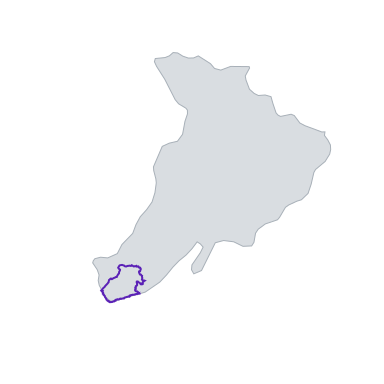 Salvaleón de Higüey, La Altagracia, Dominican Republic shown in context, rotated 121°
{"feature_id": "3306468B87904766376188", "entity_name": "Salvaleón de Higüey", "entity_type": "district", "adm_level": 2, "iso_a3": "DOM", "parent_name": "Dominican Republic", "parent_adm1": "La Altagracia", "projection": "natural_earth1", "projection_center": [-68.511, 18.662], "detail": "fine", "context": "in_parent", "style": "outline", "palette": "violet", "viewbox_px": 384, "rotation_deg": 121, "n_neighbors": 0, "source": "geoboundaries", "source_scale": "gbopen_adm2", "svg_char_len": 6105}
<svg xmlns="http://www.w3.org/2000/svg" viewBox="0 0 384 384"><g transform="rotate(121 192 192)"><path d="M72.1,256.7L72.5,242.2L74.5,236.3L72.7,230.1L64.5,223.6L59.5,215.1L55.1,207.6L56.1,206.5L65.1,206.1L68.2,203.4L74.3,195.7L75.5,189.5L75.1,184.8L71.2,179.3L69.6,173.4L74.5,168.2L80.9,160.7L81.8,157.8L81.6,155.0L74.3,147.1L73.8,143.7L77.3,135.1L77.0,129.4L73.7,111.7L72.0,109.0L75.3,107.6L77.5,102.3L80.4,97.6L84.2,95.0L88.6,93.5L97.2,93.6L109.1,97.7L112.5,97.6L123.9,93.9L133.4,91.8L142.3,94.2L145.9,97.4L153.3,102.4L157.0,104.0L168.7,103.9L171.8,104.4L181.6,112.7L189.8,116.1L194.6,116.3L203.2,113.0L207.5,113.1L212.3,120.3L213.2,130.6L217.3,139.9L223.5,145.9L254.4,143.4L261.2,148.3L258.9,152.4L254.5,154.5L239.9,153.6L233.5,154.1L232.2,158.1L232.1,161.9L240.7,162.8L249.1,164.6L257.7,167.7L266.4,169.7L276.2,171.1L285.8,173.2L302.0,180.6L319.8,197.3L324.5,201.1L327.7,206.4L326.2,212.8L319.8,223.4L316.2,226.8L311.0,228.9L307.4,233.2L303.9,240.6L301.8,241.2L299.2,240.9L295.0,236.8L291.9,230.3L283.3,224.3L273.1,225.0L258.0,221.5L248.9,223.2L239.8,223.6L230.5,221.8L221.1,221.1L211.7,223.4L202.6,227.3L199.3,229.8L193.4,235.8L190.3,238.0L168.2,241.0L161.8,236.6L156.0,230.6L147.4,229.8L135.1,234.4L127.4,236.1L124.2,238.1L123.3,240.4L123.3,248.9L121.5,254.0L109.4,273.4L102.6,287.0L99.7,291.3L96.5,292.2L90.6,284.3L86.9,281.5L82.2,280.0L80.2,275.9L80.3,269.9L79.1,264.2L76.3,259.7L72.1,256.7Z" fill="#d9dde1" stroke="#a8b0b8" stroke-width="1"/><path d="M284.0,201.7L285.0,202.4L285.1,202.6L285.1,202.9L285.4,203.1L285.5,203.2L285.9,203.8L285.8,204.3L285.8,204.6L285.8,205.7L285.8,206.0L286.0,206.1L286.5,206.1L286.8,206.2L287.1,206.9L287.4,207.8L287.9,208.2L288.3,208.9L288.7,209.2L289.0,209.5L289.3,209.8L289.6,209.9L289.7,210.0L289.9,210.4L290.1,210.8L290.2,211.1L290.2,211.8L290.0,212.5L290.2,212.9L290.5,214.4L292.0,216.1L292.4,216.3L294.4,216.3L294.9,216.3L295.1,216.0L295.5,215.0L295.5,214.0L295.6,213.7L296.2,213.4L298.1,213.3L299.3,212.7L299.5,212.6L299.8,212.7L300.3,212.9L300.7,212.9L302.9,212.9L303.6,212.7L303.7,212.8L304.0,213.4L305.1,214.0L306.1,214.8L306.6,215.1L307.1,215.3L308.0,215.8L308.1,216.1L308.0,216.5L307.9,216.8L308.0,216.9L308.1,217.1L308.9,217.4L309.5,217.5L310.1,217.8L310.9,217.5L311.6,217.4L312.3,217.0L312.5,217.0L313.0,217.2L313.9,217.2L314.5,217.4L315.3,217.5L315.8,217.7L316.6,217.8L317.2,218.0L318.4,218.0L319.5,218.4L320.0,218.5L320.5,218.7L322.4,218.8L323.1,219.1L323.2,218.8L323.2,218.6L323.4,218.5L323.4,218.3L323.5,218.2L323.5,217.9L323.4,217.8L323.6,217.8L323.6,217.7L323.8,217.5L323.8,216.6L324.0,216.4L324.2,216.5L324.3,216.5L324.5,216.3L324.8,216.2L324.9,215.9L325.1,215.9L325.1,215.7L325.1,215.4L325.3,215.3L325.3,215.0L325.5,214.6L325.7,214.4L325.8,214.4L325.8,214.2L325.9,213.6L326.0,213.6L326.3,213.2L326.6,212.7L326.9,212.3L327.0,212.2L327.0,211.9L327.2,211.5L327.3,211.4L327.4,211.2L327.5,210.8L327.6,210.7L327.7,210.4L327.9,210.4L328.3,209.9L328.3,209.6L328.4,209.2L328.5,208.9L328.5,208.7L328.7,208.4L328.6,208.2L328.7,207.9L328.6,208.0L328.4,208.0L328.3,207.7L328.7,207.6L328.8,207.8L328.8,207.6L328.8,207.3L328.8,207.2L328.8,206.7L328.7,206.5L328.7,206.4L328.5,206.1L328.7,205.8L328.5,205.6L328.5,205.4L328.3,205.2L328.2,205.0L328.2,204.8L328.0,204.6L327.6,204.1L327.5,203.9L327.3,203.7L327.2,203.6L326.8,203.4L326.5,203.1L326.3,203.1L326.2,203.0L325.9,202.8L325.8,202.7L325.6,202.5L325.6,202.3L325.4,202.3L325.3,202.2L325.2,202.2L324.9,202.0L324.8,201.8L324.7,201.7L324.5,201.9L324.4,202.1L324.1,202.1L323.9,202.0L323.5,201.7L323.4,201.6L323.3,201.3L323.0,201.1L322.9,201.0L322.6,200.9L322.5,200.7L322.3,200.6L322.2,200.1L321.8,199.4L321.7,199.4L321.5,199.2L321.3,199.2L320.9,198.9L320.7,198.6L320.4,198.6L320.3,198.4L320.2,198.3L320.1,198.2L320.1,197.7L319.8,197.4L319.7,197.4L319.5,197.2L319.3,196.9L319.2,196.8L319.1,196.7L318.8,196.4L318.7,196.2L318.6,195.9L318.3,195.7L318.2,195.5L317.8,195.6L317.5,195.5L317.5,195.4L317.2,195.3L317.0,195.1L316.8,195.0L316.7,194.9L316.4,194.5L316.1,194.3L316.0,194.2L315.9,194.2L315.6,193.9L315.4,193.7L315.2,193.4L314.9,193.2L314.5,192.7L314.4,192.6L314.2,192.4L314.1,192.2L314.1,191.9L313.9,191.8L313.9,191.7L313.7,191.6L313.5,191.8L313.5,192.0L313.4,192.1L313.1,192.2L312.9,192.1L312.8,191.9L312.7,191.9L312.6,191.6L312.3,191.6L312.1,191.5L312.0,191.4L311.9,191.3L312.0,191.2L311.9,191.1L311.7,191.0L311.7,190.9L311.3,190.5L311.1,190.4L311.0,190.2L310.8,189.9L310.6,189.9L310.5,189.6L310.2,189.2L310.0,188.9L309.8,188.8L309.8,188.7L309.5,188.5L309.5,188.4L309.3,188.2L309.2,188.0L309.0,187.9L308.9,187.8L308.8,187.7L308.7,187.6L308.5,187.4L308.2,187.4L307.8,186.9L307.7,186.6L307.7,186.4L307.4,186.3L307.3,186.2L307.2,186.3L307.1,186.2L306.9,186.0L306.8,185.9L306.7,186.0L306.5,185.8L306.4,185.8L306.3,185.7L306.6,185.7L306.6,185.8L306.7,185.7L306.5,185.3L306.4,185.2L306.3,184.9L306.1,184.7L306.0,184.9L305.8,185.4L305.8,185.6L305.9,186.0L305.9,186.3L305.5,186.9L305.5,187.3L305.5,188.1L305.8,188.5L305.9,188.8L305.9,189.5L305.8,189.8L305.4,190.3L304.8,190.5L304.2,190.2L303.9,190.3L303.6,190.9L303.4,191.3L303.0,191.3L302.6,191.1L302.3,191.2L301.8,191.7L301.6,191.7L301.3,191.4L300.6,191.1L300.0,191.1L299.8,191.2L299.3,191.7L298.7,192.0L298.3,192.4L297.9,192.7L297.7,193.1L297.2,193.2L296.9,192.9L296.7,192.5L296.6,192.2L296.7,191.7L296.9,191.1L296.9,189.6L297.3,189.0L297.5,188.5L297.4,188.2L297.1,187.6L296.6,187.0L296.3,186.8L296.1,186.8L296.0,187.6L295.9,187.7L295.6,187.8L295.2,187.8L294.7,187.6L294.2,187.7L293.7,187.4L293.2,187.3L292.4,186.9L292.5,187.5L293.1,188.8L293.1,189.1L293.0,189.3L292.6,190.0L291.8,190.1L291.4,190.3L291.2,190.4L290.5,191.2L289.6,191.6L289.7,192.0L289.6,192.4L289.2,192.9L289.1,193.2L289.2,193.5L289.4,193.9L289.5,194.1L289.3,194.5L288.8,195.1L288.6,195.5L288.4,195.8L288.0,196.1L287.6,196.4L287.4,196.4L287.1,196.4L287.0,196.2L286.8,195.8L286.6,195.7L286.1,195.9L285.4,196.0L285.0,196.1L284.4,196.2L284.2,196.6L283.9,196.9L283.8,197.3L283.6,197.5L283.7,197.8L284.0,198.1L284.0,198.6L284.0,198.8L283.6,199.2L283.4,199.6L283.4,199.8L283.6,200.1L283.8,200.3L284.1,200.5L284.4,200.8L284.4,201.0L284.0,201.7Z" fill="none" stroke="#5b21b6" stroke-width="2"/></g></svg>